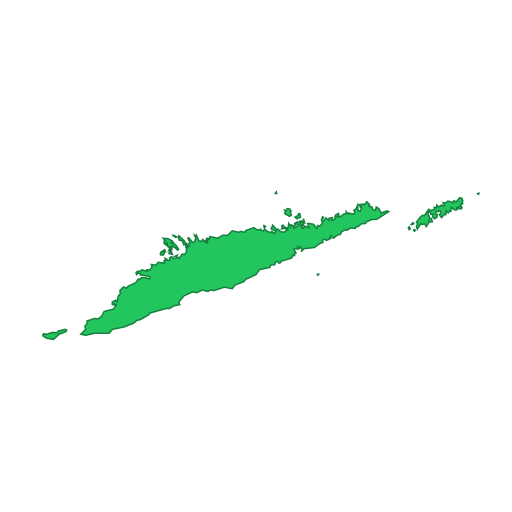 outline of Kepulauan Yapen, Papua, Indonesia, rotated 150°
{"feature_id": "22746128B96094928872069", "entity_name": "Kepulauan Yapen", "entity_type": "district", "adm_level": 2, "iso_a3": "IDN", "parent_name": "Indonesia", "parent_adm1": "Papua", "projection": "robinson", "projection_center": [135.942, -1.72], "detail": "fine", "context": "isolated", "style": "filled", "palette": "green", "viewbox_px": 512, "rotation_deg": 150, "n_neighbors": 0, "source": "geoboundaries", "source_scale": "gbopen_adm2", "svg_char_len": 6119}
<svg xmlns="http://www.w3.org/2000/svg" viewBox="0 0 512 512"><g transform="rotate(150 256 256)"><path d="M133.1,227.4L118.8,228.1L120.0,229.6L126.2,230.8L125.9,235.5L127.3,238.3L129.7,235.8L131.4,237.3L131.2,240.9L133.4,242.6L132.0,243.9L132.9,247.6L136.9,246.1L137.3,247.4L141.5,249.1L140.2,246.3L141.2,246.3L140.5,245.0L143.3,242.7L144.8,244.4L142.6,249.1L145.7,246.9L148.4,246.7L148.3,245.1L150.3,243.1L153.9,246.6L155.1,246.1L155.7,249.3L156.6,247.5L158.9,248.5L162.2,247.8L166.3,249.3L163.7,250.1L163.3,251.7L166.7,251.7L169.4,248.5L171.7,248.5L172.8,249.1L170.6,251.0L174.0,252.2L175.1,250.5L176.5,254.1L180.2,252.3L181.3,254.1L182.0,251.4L185.4,249.9L187.3,251.5L189.5,249.5L190.3,254.7L193.9,257.8L195.1,258.2L195.9,254.1L198.2,256.9L201.2,256.4L201.1,257.4L202.2,257.4L201.5,258.5L202.5,259.7L200.7,259.9L199.3,258.4L199.3,261.9L197.3,260.2L196.2,264.6L197.6,262.7L200.8,264.2L201.6,261.8L204.3,262.5L205.8,260.7L209.1,261.2L208.6,263.7L209.6,264.9L210.9,264.3L210.1,265.4L211.3,266.0L211.4,267.8L214.5,264.0L217.1,267.3L217.2,269.2L218.6,269.4L218.8,267.5L220.3,266.7L217.5,265.7L215.7,263.0L219.6,262.5L222.6,264.7L223.5,268.2L224.7,268.1L226.2,274.4L229.3,271.8L226.4,267.6L228.9,266.1L230.0,269.4L231.6,268.8L234.4,272.6L235.0,275.3L237.0,273.9L238.8,275.8L238.4,276.7L242.0,277.9L243.6,281.6L252.2,283.2L253.9,282.1L257.0,285.0L259.2,285.2L264.0,289.7L270.3,288.1L274.3,290.6L280.3,290.6L286.2,295.9L288.1,294.0L289.4,294.5L291.0,292.2L288.9,295.3L290.0,296.0L291.8,291.0L291.8,292.7L293.5,293.2L291.8,293.5L292.0,294.7L293.4,294.0L293.8,297.0L296.1,295.9L297.8,297.8L297.3,304.2L298.3,303.5L298.8,304.7L299.3,301.3L303.1,298.7L304.2,299.7L305.1,305.5L306.1,305.4L306.5,300.5L308.0,300.3L308.8,297.9L312.3,297.8L313.9,294.5L317.1,293.0L318.9,294.6L323.6,292.4L324.0,293.7L327.7,294.4L329.8,297.8L331.9,297.5L331.8,296.0L333.6,295.4L335.8,299.3L336.0,297.3L337.8,298.1L338.8,295.6L344.0,299.5L347.1,298.0L350.9,301.0L351.6,298.3L355.3,297.0L357.2,298.7L357.9,297.2L361.8,301.1L364.0,300.6L366.2,302.1L368.4,301.4L368.7,299.6L366.6,300.3L364.9,298.6L365.8,297.7L358.7,291.8L358.8,289.7L360.4,289.5L361.3,291.4L366.0,294.6L368.0,293.6L369.4,294.9L373.5,293.0L381.7,293.8L384.2,292.9L386.3,295.5L391.2,294.1L392.3,291.1L395.1,290.3L399.3,285.8L399.6,287.8L403.5,288.1L404.7,285.8L402.7,284.0L402.3,285.1L401.4,283.3L406.0,281.3L415.3,283.9L419.5,281.1L424.3,280.5L427.3,282.7L434.8,284.2L436.2,281.7L439.2,280.9L440.2,277.6L446.8,275.8L443.1,272.5L434.6,269.9L421.5,262.5L417.1,264.3L405.4,260.4L395.3,259.0L391.3,259.8L388.1,258.7L378.0,258.8L376.8,259.7L359.7,255.4L357.4,253.8L351.9,253.9L346.3,252.0L346.4,253.8L344.7,255.1L338.3,257.5L329.3,256.7L325.4,253.8L319.7,253.4L315.5,249.4L312.0,249.3L309.8,247.1L298.9,244.8L293.0,239.6L288.5,241.4L279.5,239.8L276.6,240.9L265.4,239.9L259.8,242.4L249.7,239.2L247.5,241.0L244.3,239.0L241.5,241.2L239.8,240.4L239.9,238.5L238.3,237.9L236.8,238.9L226.1,236.4L224.0,238.1L222.3,237.1L221.6,238.8L219.9,238.6L219.8,242.8L219.0,243.3L216.6,241.2L215.5,243.2L215.1,240.8L212.3,242.1L213.5,241.0L212.4,238.8L214.8,237.2L210.7,238.3L201.3,234.2L193.9,234.9L191.4,234.2L190.7,236.1L188.7,236.5L186.9,234.2L182.5,233.9L183.2,235.7L182.4,234.9L180.8,236.2L180.0,232.6L174.4,233.5L172.4,232.4L169.6,234.2L165.7,234.0L164.2,232.8L160.0,232.9L156.2,230.2L154.3,231.4L153.1,230.4L148.6,231.2L144.8,229.4L143.9,230.4L137.4,229.7L133.1,227.4ZM55.0,194.2L53.4,194.7L53.5,197.8L50.7,198.1L50.8,199.4L49.5,200.1L48.8,203.0L50.4,204.7L55.5,202.8L57.1,205.0L58.6,203.7L62.3,207.6L65.6,207.2L67.3,208.7L67.6,205.4L69.6,205.8L69.6,207.3L73.4,207.1L73.9,209.7L75.4,207.9L77.4,209.0L77.8,207.5L79.3,207.3L82.0,208.1L83.0,210.1L90.0,206.8L91.4,208.0L94.4,207.5L100.2,205.1L99.8,203.4L102.5,201.0L102.8,198.6L97.0,201.7L96.5,200.3L93.7,199.5L94.0,196.4L90.0,198.2L88.3,200.4L88.3,198.5L86.1,197.5L85.4,200.7L86.7,201.8L85.7,207.2L84.4,208.2L83.0,206.3L83.7,204.5L81.8,203.6L83.5,201.3L82.6,198.8L79.7,199.3L78.2,201.3L79.4,202.9L77.4,204.7L75.9,203.2L74.3,203.8L74.0,202.6L74.2,201.0L76.5,200.0L76.1,196.4L72.0,197.9L71.0,196.9L68.6,199.9L68.0,197.2L66.1,198.1L65.0,197.2L62.7,200.4L60.8,196.4L59.2,195.6L58.1,197.3L57.5,196.1L57.0,197.1L55.3,196.9L56.3,195.9L55.0,194.2ZM473.1,285.0L466.0,286.6L458.2,285.6L457.0,286.4L457.9,287.9L464.9,289.9L466.3,288.8L470.8,291.7L476.6,292.9L478.6,294.8L480.0,294.4L480.4,293.2L478.4,289.4L473.1,285.0ZM322.0,303.7L320.6,303.2L319.7,304.5L320.5,307.0L323.6,310.5L320.9,309.2L321.0,311.1L323.7,315.2L327.6,317.8L326.6,314.4L328.2,314.8L329.3,312.8L328.2,310.3L327.6,312.0L326.4,311.7L327.6,308.5L327.0,306.3L326.1,307.1L325.9,306.5L326.9,303.6L325.7,303.5L324.3,306.2L323.3,305.4L323.4,307.2L322.0,303.7ZM207.2,273.6L204.9,273.7L204.3,277.3L203.2,277.2L203.2,279.8L205.3,281.5L207.1,280.4L208.3,281.3L208.1,279.7L209.9,278.4L207.2,273.6ZM310.4,299.5L310.3,298.6L309.6,301.4L310.9,302.2L310.5,304.8L312.7,312.1L314.0,310.8L314.4,308.0L312.3,305.9L312.9,301.7L310.8,301.2L312.1,299.0L310.4,299.5ZM335.8,303.2L332.4,305.6L334.4,305.0L334.4,306.2L332.8,306.1L333.1,306.8L336.1,307.1L337.9,305.6L338.0,304.6L335.8,303.2ZM201.8,267.6L197.9,267.4L196.9,270.6L197.9,271.4L199.9,270.0L202.8,270.1L201.8,267.6ZM330.2,301.8L327.5,299.1L327.1,303.1L330.2,301.8ZM207.1,262.8L204.6,264.2L202.6,263.9L202.7,264.7L206.1,265.0L207.1,262.8ZM321.0,300.3L319.7,300.4L319.7,302.7L321.7,302.7L321.0,300.3ZM110.0,204.3L110.1,202.2L108.9,202.3L108.7,204.6L110.0,204.3ZM103.2,205.1L103.4,206.4L105.9,205.7L105.3,205.2L103.2,205.1ZM212.2,208.5L210.1,208.8L212.1,209.4L212.2,208.5ZM106.3,198.2L105.1,198.5L105.6,199.8L106.8,199.4L106.3,198.2ZM323.8,296.1L326.3,296.2L325.0,295.2L323.8,296.1ZM234.5,276.4L233.0,276.8L233.8,278.4L234.6,277.5L234.5,276.4ZM179.4,254.8L178.2,256.0L178.7,256.6L180.5,255.2L179.4,254.8ZM206.4,301.3L208.0,300.6L206.9,299.8L206.4,301.3ZM329.2,304.2L327.5,303.5L327.2,304.2L328.1,304.9L329.2,304.2ZM32.9,199.3L32.6,198.1L31.6,198.9L32.9,199.3ZM316.6,312.5L315.1,312.1L316.7,314.1L316.6,312.5ZM317.6,314.8L316.8,314.7L318.0,316.1L317.6,314.8ZM331.9,306.8L332.6,307.9L332.1,306.1L331.9,306.8Z" fill="#22c55e" stroke="#15803d" stroke-width="1.5"/></g></svg>